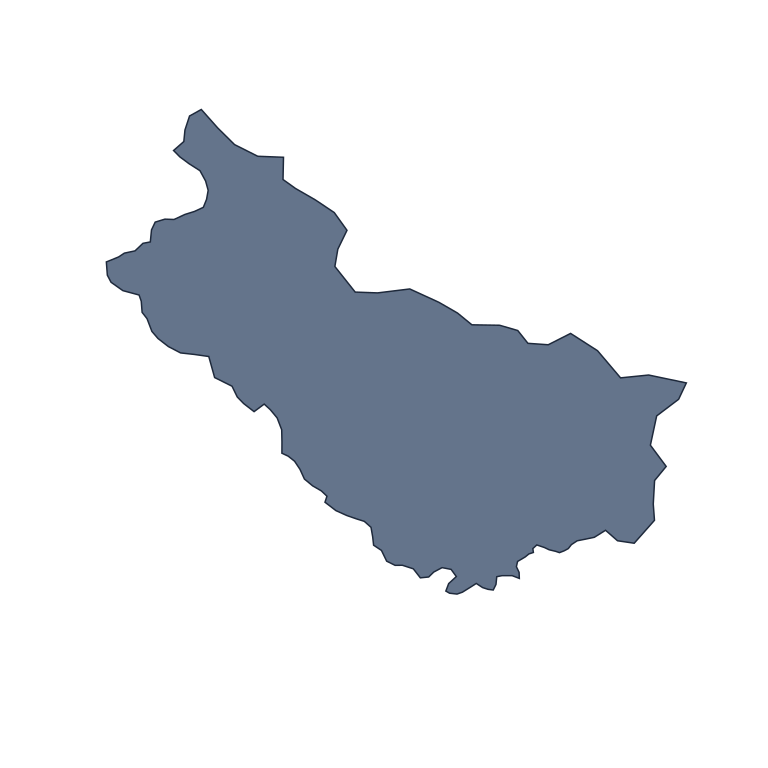 Lefkosia, Nicosia, Cyprus, rotated 210°
{"feature_id": "46923920B2904001069887", "entity_name": "Lefkosia", "entity_type": "district", "adm_level": 2, "iso_a3": "CYP", "parent_name": "Cyprus", "parent_adm1": "Nicosia", "projection": "robinson", "projection_center": [33.406, 35.18], "detail": "fine", "context": "isolated", "style": "filled", "palette": "slate", "viewbox_px": 768, "rotation_deg": 210, "n_neighbors": 0, "source": "geoboundaries", "source_scale": "gbopen_adm2", "svg_char_len": 1906}
<svg xmlns="http://www.w3.org/2000/svg" viewBox="0 0 768 768"><g transform="rotate(210 384 384)"><path d="M87.7,371.2L81.6,401.2L90.8,414.7L101.4,435.7L98.4,453.7L122.7,464.2L131.9,492.7L126.0,506.7L121.2,518.1L122.7,536.1L159.3,524.1L182.2,507.6L215.7,519.6L247.7,521.1L261.4,500.1L279.7,491.2L294.9,497.2L313.2,492.7L337.5,479.2L355.8,482.2L377.2,482.2L409.2,479.2L435.1,459.7L454.9,449.2L485.3,461.2L491.4,477.7L492.9,498.6L512.8,507.6L535.6,509.1L558.5,509.1L573.7,510.6L584.4,530.1L607.2,518.1L633.1,516.6L656.0,522.6L679.5,530.4L686.4,518.9L683.4,504.5L678.6,493.9L683.0,481.0L674.3,478.6L663.1,477.3L650.0,476.7L640.0,470.6L633.1,463.8L630.0,455.2L628.8,446.7L634.4,438.7L641.2,431.3L648.1,421.5L656.2,417.2L663.1,409.8L662.4,401.2L657.4,390.2L663.1,385.3L666.2,374.8L674.3,367.5L677.4,361.3L685.5,350.9L678.0,339.9L671.2,335.6L656.8,334.3L640.6,338.6L635.6,334.3L629.3,325.1L621.9,322.1L611.3,313.5L602.5,310.4L589.4,308.6L575.7,309.2L563.2,314.7L549.5,320.2L533.9,304.9L514.5,306.1L504.6,299.4L495.8,296.9L482.7,295.1L477.7,306.7L469.6,304.9L459.6,301.2L449.7,293.2L443.4,282.8L437.8,273.0L430.9,273.6L422.8,272.4L414.1,268.1L405.4,261.9L394.8,260.1L384.8,260.1L377.3,258.3L376.0,252.1L362.3,250.3L350.5,251.5L340.5,253.4L332.4,255.2L323.6,253.4L317.4,246.0L312.4,239.2L303.0,238.6L293.1,231.9L283.7,232.5L277.5,236.2L266.2,238.6L255.6,234.3L248.8,239.2L246.9,246.0L241.9,254.0L233.2,257.0L225.1,253.4L228.2,243.5L226.9,235.6L222.6,235.6L215.7,238.6L212.0,242.9L207.2,251.9L204.4,257.4L196.8,257.0L191.2,258.2L186.4,260.2L186.8,266.4L190.0,273.5L186.0,277.0L177.2,282.1L169.6,283.3L172.8,288.4L178.0,292.0L179.6,297.1L175.2,304.9L173.6,309.2L170.4,312.8L172.8,315.9L171.2,321.0L163.3,322.6L158.1,323.0L151.7,324.9L147.7,325.7L144.5,329.7L142.1,333.6L141.4,338.6L138.3,344.8L131.8,350.5L125.2,356.4L119.0,368.1L103.4,365.0L87.7,371.2Z" fill="#64748b" stroke="#1e293b" stroke-width="1.5"/></g></svg>